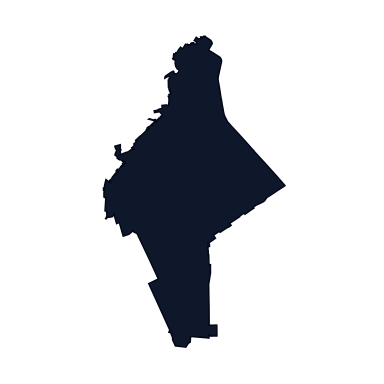 Sector 4, Bucharest, Romania, rotated 28°
{"feature_id": "2599482B40400618914194", "entity_name": "Sector 4", "entity_type": "district", "adm_level": 2, "iso_a3": "ROU", "parent_name": "Romania", "parent_adm1": "Bucharest", "projection": "mercator", "projection_center": [26.104, 44.382], "detail": "fine", "context": "isolated", "style": "filled", "palette": "ink", "viewbox_px": 384, "rotation_deg": 28, "n_neighbors": 0, "source": "geoboundaries", "source_scale": "gbopen_adm2", "svg_char_len": 5753}
<svg xmlns="http://www.w3.org/2000/svg" viewBox="0 0 384 384"><g transform="rotate(28 192 192)"><path d="M237.3,325.3L237.4,326.7L240.0,326.2L240.3,327.2L243.1,329.5L244.3,331.6L249.6,335.7L259.4,331.8L259.8,327.1L260.9,325.5L258.6,320.2L272.8,314.1L275.5,313.0L273.9,310.1L274.2,309.9L275.3,310.7L275.8,310.6L281.6,307.4L276.4,297.9L269.7,301.6L261.5,286.4L250.1,265.8L246.3,254.7L242.4,247.5L241.5,248.1L240.5,247.2L237.5,241.8L237.4,241.9L236.3,239.7L235.9,239.9L234.0,236.4L233.8,236.5L231.8,232.8L233.0,231.9L231.9,229.9L231.7,229.7L230.4,230.3L230.0,229.6L231.7,227.3L234.4,221.8L231.2,220.1L231.7,219.1L232.0,218.4L232.1,218.5L234.6,213.8L235.7,214.4L235.9,213.9L236.0,213.9L238.8,208.8L239.7,207.1L240.7,205.6L240.9,205.7L242.2,203.1L240.0,201.9L245.7,191.4L245.2,191.1L248.0,186.1L249.2,186.8L252.8,179.7L254.2,177.3L253.2,176.8L254.7,173.6L256.0,172.0L259.1,167.8L259.6,167.0L260.2,165.7L260.6,162.4L260.6,161.8L263.0,157.7L266.6,150.9L270.7,143.6L271.1,142.7L258.8,138.0L243.6,132.5L227.5,126.8L227.1,126.4L226.5,126.2L226.1,126.2L211.8,120.9L201.8,117.4L195.5,115.2L192.8,114.2L191.8,113.7L191.3,113.7L189.7,112.9L189.6,112.7L185.4,109.8L183.6,108.1L182.4,106.7L179.1,102.4L178.2,101.4L175.3,97.5L172.9,94.6L169.8,90.4L167.6,87.4L163.4,82.1L162.4,80.7L161.8,79.8L161.4,78.7L160.8,77.0L158.3,68.2L157.1,63.7L156.5,62.3L155.7,61.3L154.5,60.4L153.2,59.9L146.9,59.4L145.8,59.5L145.8,59.3L140.9,59.0L140.1,58.6L139.9,58.3L140.0,56.3L140.2,51.4L138.9,50.1L137.6,49.5L136.8,49.2L135.9,49.1L132.2,48.8L131.3,48.6L130.3,48.3L130.1,49.2L128.9,49.2L128.7,51.3L127.8,50.6L127.6,50.6L126.8,51.0L127.9,52.4L127.6,52.6L125.8,53.6L125.1,53.8L124.7,53.7L124.3,53.9L123.9,53.8L123.7,53.4L123.1,53.4L122.9,57.2L125.5,57.3L125.5,57.7L126.5,59.1L125.5,59.8L125.6,60.0L125.1,60.3L124.9,60.1L124.0,60.6L123.8,60.0L123.4,59.4L122.9,59.7L123.1,60.2L122.8,60.2L122.2,60.3L122.2,60.6L121.7,60.7L121.8,61.4L121.2,61.5L121.2,61.8L121.8,62.6L121.5,62.9L121.1,63.0L120.2,63.3L120.2,63.8L118.4,63.7L118.4,63.9L118.2,64.3L117.8,64.6L116.9,64.6L116.6,69.8L113.8,69.6L113.8,71.6L113.3,72.1L113.4,74.8L113.4,75.9L113.2,75.8L112.3,76.5L112.3,77.8L111.8,78.2L111.8,78.7L111.1,78.7L111.8,80.7L112.3,81.5L112.7,82.0L113.5,82.6L113.3,82.9L112.4,83.2L113.2,83.8L114.1,83.5L114.6,83.4L115.3,83.7L115.6,83.7L116.7,86.3L117.0,86.6L117.3,87.0L118.7,88.8L121.4,90.3L121.8,89.7L122.6,90.2L123.2,90.4L123.9,92.1L123.1,94.7L122.8,95.0L120.5,95.9L120.1,96.0L120.0,94.8L119.9,94.6L118.9,94.1L118.3,94.6L118.0,95.1L117.0,96.7L114.1,102.3L114.6,103.5L114.3,103.6L114.6,104.3L116.0,102.0L116.9,101.1L117.2,100.9L117.4,100.6L117.8,100.6L117.9,100.8L118.5,100.4L119.1,101.4L119.1,101.5L119.1,101.8L119.2,101.7L119.3,101.8L119.6,101.6L119.6,101.8L118.5,102.7L119.2,103.8L118.5,104.3L121.9,110.3L122.2,110.1L122.7,110.8L123.3,111.6L123.2,111.8L124.0,112.6L124.3,112.2L124.4,112.3L124.9,112.8L124.7,113.2L125.3,113.7L125.5,113.4L126.2,114.1L126.3,114.0L126.9,114.5L127.0,114.9L126.7,115.2L127.0,115.5L125.9,116.8L127.0,117.7L126.1,118.6L128.3,120.5L128.0,120.8L128.4,121.2L130.7,126.7L129.9,127.0L128.4,127.2L124.8,129.7L126.5,132.1L124.0,134.3L123.8,134.6L122.6,136.5L120.5,138.0L121.6,139.5L125.6,136.4L129.8,137.8L129.6,138.6L129.9,138.6L129.8,139.1L129.6,139.0L129.4,139.6L129.1,139.5L128.9,139.7L128.8,139.9L129.2,140.0L129.4,140.3L129.4,140.5L129.2,141.0L129.0,140.9L128.6,142.4L128.2,142.4L128.1,142.8L128.0,142.7L127.8,143.5L128.1,143.5L127.9,144.4L128.0,144.4L127.7,145.2L127.5,145.4L126.5,145.2L125.6,145.2L125.5,145.6L124.8,145.7L124.7,145.9L124.8,146.0L124.9,146.4L122.3,146.9L122.2,146.4L122.1,146.9L119.9,147.4L119.9,147.5L119.6,148.0L123.4,147.1L125.4,146.8L126.6,146.8L126.5,147.0L127.8,147.2L127.7,147.3L127.0,147.2L126.9,147.4L126.0,147.3L124.8,151.1L125.3,151.2L125.5,150.8L125.6,151.4L126.2,151.5L126.2,151.8L124.7,151.3L123.5,154.9L122.9,154.8L122.3,156.7L122.7,156.9L123.1,155.6L124.2,156.0L124.1,156.3L123.9,156.8L123.6,156.7L123.4,157.1L123.7,157.2L123.4,158.1L122.7,157.8L122.6,158.0L122.5,158.5L122.9,158.6L122.7,159.2L122.8,159.3L120.6,165.9L120.0,167.4L119.8,167.4L118.0,172.9L118.5,173.1L118.5,173.3L119.3,173.5L118.1,176.9L118.9,177.1L118.9,177.4L119.3,177.5L119.2,177.9L118.5,180.2L118.0,181.2L118.5,181.5L119.1,181.4L119.4,182.0L120.4,181.6L120.5,181.9L118.6,182.6L117.1,186.0L116.8,186.5L115.4,187.8L112.6,191.0L111.4,193.0L111.1,192.4L109.7,189.8L109.4,189.8L109.4,188.1L108.8,188.1L106.5,183.9L102.4,187.8L104.3,189.7L105.9,190.1L106.2,193.7L106.6,195.5L106.8,195.6L108.8,195.9L109.6,195.5L110.0,197.3L112.0,197.6L113.1,197.5L113.2,196.9L117.3,197.6L117.5,196.7L117.7,196.8L119.2,197.1L119.0,197.9L119.3,198.0L119.1,199.0L117.5,198.7L117.4,199.5L117.9,199.6L117.8,200.3L118.7,200.5L118.6,201.4L118.6,202.0L117.5,201.9L117.2,203.0L117.2,203.5L117.4,203.6L117.3,204.0L117.1,205.3L116.9,205.3L116.5,207.2L115.4,207.0L115.2,208.2L115.2,208.3L115.1,208.9L115.4,208.9L115.5,208.5L115.8,208.2L116.8,208.4L116.7,209.2L117.2,209.3L116.9,210.7L115.8,210.5L115.5,212.3L115.9,212.4L115.9,212.7L115.7,213.8L115.2,213.7L114.7,216.9L115.0,217.0L114.9,217.6L114.4,219.8L114.1,219.8L113.8,221.2L114.7,221.3L114.7,221.9L115.5,222.0L115.4,222.3L110.2,221.4L110.8,223.9L111.8,227.4L113.0,230.3L112.1,230.2L112.9,231.9L113.3,232.0L114.1,232.4L114.3,233.4L116.6,237.7L117.1,237.5L117.1,237.8L117.6,237.9L118.6,237.5L123.8,248.9L124.1,249.5L125.1,249.2L125.7,249.3L127.7,252.3L127.9,252.8L128.3,254.8L128.0,256.6L128.3,256.1L128.9,255.9L129.0,255.0L129.2,254.2L129.6,253.7L130.1,253.6L133.2,251.3L133.6,248.4L140.3,255.3L142.1,253.0L152.0,263.3L155.8,259.3L156.2,258.7L156.8,257.5L157.1,256.7L157.4,255.4L157.6,254.3L158.4,254.0L158.4,254.6L163.0,254.5L184.6,270.5L198.9,281.4L203.1,284.6L196.8,293.2L238.1,325.0L237.3,325.3Z" fill="#0f172a" stroke="#020617" stroke-width="1.5"/></g></svg>